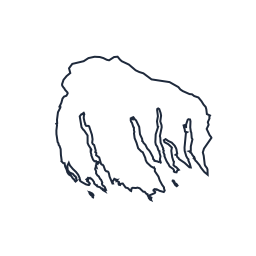 Súðavíkurhreppur, Vestfirðir, Iceland, rotated 144°
{"feature_id": "244011B7322015257461", "entity_name": "Súðavíkurhreppur", "entity_type": "district", "adm_level": 2, "iso_a3": "ISL", "parent_name": "Iceland", "parent_adm1": "Vestfirðir", "projection": "orthographic", "projection_center": [-22.738, 65.904], "detail": "fine", "context": "isolated", "style": "outline", "palette": "slate", "viewbox_px": 256, "rotation_deg": 144, "n_neighbors": 0, "source": "geoboundaries", "source_scale": "gbopen_adm2", "svg_char_len": 5811}
<svg xmlns="http://www.w3.org/2000/svg" viewBox="0 0 256 256"><g transform="rotate(144 128 128)"><path d="M94.5,191.8L97.6,193.6L103.5,193.9L105.1,195.7L106.8,199.0L109.1,202.0L113.2,205.3L118.9,207.8L124.6,208.1L135.4,212.6L140.6,211.0L142.4,206.4L147.2,206.1L151.8,204.9L155.6,202.2L156.3,201.0L156.4,198.4L156.2,197.5L156.5,196.2L156.1,192.3L156.5,191.4L158.9,190.3L161.3,191.0L163.7,190.3L167.2,187.5L170.8,185.6L170.2,185.0L170.7,184.3L175.4,181.9L180.6,176.4L182.5,173.5L183.5,173.6L183.6,172.2L187.4,168.1L189.5,165.1L193.2,158.0L193.3,156.4L194.0,155.1L193.9,153.8L194.9,150.5L198.2,145.5L200.7,140.8L201.4,140.3L201.0,137.5L200.0,136.8L201.5,133.7L202.1,130.5L203.1,127.8L203.2,125.3L202.1,122.5L202.3,119.6L201.8,118.0L202.1,116.8L201.9,115.5L200.1,115.7L199.5,118.0L199.1,118.1L198.9,119.7L199.4,120.3L199.6,123.3L200.8,125.4L201.2,124.8L201.7,125.6L201.4,127.8L201.7,129.0L199.4,133.0L196.4,134.6L196.6,133.9L196.9,134.2L196.6,133.8L197.0,131.7L196.7,127.3L195.9,122.9L195.8,119.5L196.5,116.0L197.1,114.8L197.6,114.8L197.7,114.0L197.5,113.9L197.8,113.5L197.4,112.0L195.1,107.0L193.4,105.0L192.9,104.8L192.1,105.7L191.8,104.6L191.5,106.1L191.6,107.3L192.3,108.9L191.7,109.4L191.9,110.8L191.3,110.8L190.9,109.5L190.5,110.0L190.5,110.9L189.6,111.2L189.0,110.1L188.1,110.0L188.1,109.2L187.6,108.9L187.2,106.9L187.3,104.1L188.0,102.9L187.3,99.9L186.9,99.9L187.2,98.8L185.4,96.4L185.2,94.7L184.6,94.5L184.5,93.9L184.8,93.7L184.8,92.6L183.8,90.3L183.5,92.2L182.9,91.3L182.6,91.8L182.9,92.2L182.3,91.9L182.4,91.3L182.2,91.1L181.5,93.8L181.7,95.3L182.2,96.3L182.2,97.1L181.8,98.3L180.9,98.9L180.2,102.0L180.5,103.1L180.1,106.0L180.6,107.5L180.5,110.0L179.2,111.8L178.7,114.2L177.1,114.6L177.3,115.3L176.5,115.8L176.4,115.3L175.9,116.7L174.9,116.9L174.3,118.2L173.9,118.4L173.6,117.5L173.2,118.2L173.3,120.0L174.7,120.8L174.9,122.9L173.7,127.5L173.3,127.9L172.3,130.6L171.3,131.9L171.0,131.5L170.3,132.2L170.0,137.4L169.5,139.6L165.1,145.7L164.9,151.9L165.2,153.0L165.1,156.0L160.2,165.8L157.7,166.5L155.7,165.4L155.8,166.3L154.9,166.3L155.0,165.5L157.9,162.2L159.6,158.5L160.1,156.5L160.5,156.2L160.6,154.3L158.7,152.9L158.5,152.1L161.2,143.7L163.3,139.7L165.6,137.2L165.9,135.7L165.4,134.1L167.4,128.7L168.6,127.8L168.2,126.8L168.5,126.2L169.8,124.7L168.6,121.1L170.9,114.8L170.8,113.9L170.1,113.2L170.0,111.8L171.3,107.3L171.0,105.7L170.0,104.8L169.8,103.9L170.3,102.1L171.5,99.5L173.2,92.2L172.7,91.9L172.0,94.4L171.6,93.8L169.0,94.9L168.7,93.8L168.1,93.7L168.0,92.7L167.6,92.5L168.4,92.4L168.6,91.9L167.6,91.9L167.7,90.4L167.1,89.6L167.9,88.2L168.5,88.3L168.7,87.4L167.9,86.5L166.8,87.2L164.9,86.2L164.9,81.2L163.5,79.5L162.9,75.9L162.5,75.2L160.6,77.0L159.4,76.9L156.9,74.8L155.4,74.2L154.0,72.4L153.1,67.5L152.0,66.6L151.8,63.9L151.1,63.0L151.7,61.9L151.8,61.3L151.6,60.7L152.3,59.2L152.2,57.1L151.6,56.0L151.4,56.8L150.0,57.9L150.9,59.8L150.8,61.0L144.6,59.6L143.7,60.1L143.6,60.7L144.2,62.4L143.5,63.0L142.1,62.8L141.4,61.4L140.8,61.5L139.3,58.5L136.7,55.2L135.1,55.8L134.4,58.0L133.8,58.8L133.8,62.1L133.1,67.1L131.9,70.8L131.7,77.2L130.2,79.3L130.4,80.2L130.1,80.8L130.9,81.2L132.0,83.5L133.0,88.9L132.6,91.5L131.6,93.7L130.3,99.7L131.0,101.2L131.7,105.6L129.8,111.0L128.6,115.9L126.2,120.3L125.1,121.1L124.6,122.6L122.9,125.0L123.1,125.7L121.7,130.0L121.8,131.2L121.3,132.6L120.1,134.2L119.3,134.0L118.7,133.0L119.1,132.3L119.0,132.1L118.3,132.6L117.9,133.8L117.3,133.6L117.3,133.0L117.8,133.2L117.3,132.4L117.4,131.1L117.0,129.4L118.3,122.3L122.0,115.9L123.0,110.8L124.2,109.0L123.9,108.6L124.2,106.9L123.8,104.2L124.5,100.1L124.1,97.2L124.2,95.3L125.0,89.8L125.9,88.0L125.6,87.2L125.8,86.4L125.6,86.4L125.6,85.5L123.8,83.7L123.3,82.6L122.3,82.3L122.0,81.4L122.1,80.0L120.7,83.8L118.3,86.1L117.0,89.8L116.2,90.7L116.5,91.2L116.5,92.1L115.3,95.8L115.3,98.1L114.2,100.5L109.3,106.6L102.9,111.3L103.1,111.6L100.6,116.4L96.9,119.9L93.9,125.4L93.1,126.2L92.1,126.1L91.6,124.9L92.8,121.0L94.0,118.5L98.0,114.4L99.2,110.6L100.3,108.8L107.0,102.7L107.5,101.3L110.2,97.0L111.6,90.5L112.3,90.0L112.4,88.6L113.6,87.7L114.3,84.6L115.0,84.0L116.2,79.0L116.5,76.3L116.4,75.7L116.9,72.4L115.5,68.2L115.7,66.6L116.5,65.8L116.1,64.8L114.8,63.6L113.1,64.7L111.5,64.3L112.0,68.0L112.8,69.6L113.0,71.3L110.6,73.8L110.7,74.6L109.4,78.4L106.4,84.1L104.0,86.4L104.9,91.2L106.8,95.1L106.2,97.0L104.1,96.9L103.0,93.7L101.2,90.5L100.6,86.0L100.9,85.1L100.8,84.4L101.3,82.4L103.3,78.3L105.2,78.3L104.6,77.3L105.2,75.4L104.8,73.8L105.0,72.9L102.7,66.6L101.4,60.1L100.4,59.2L99.1,62.6L98.2,66.4L97.5,67.1L97.7,68.5L97.4,71.0L95.6,76.2L93.8,78.9L84.0,90.0L82.7,89.9L84.0,91.6L82.5,94.4L82.5,95.3L82.0,95.8L81.5,97.4L80.6,97.1L81.4,96.8L81.2,96.4L81.4,95.8L80.4,94.7L79.0,96.6L75.0,99.5L74.0,99.6L72.8,98.4L73.5,96.7L77.3,91.9L79.3,88.1L79.5,87.1L82.3,82.5L82.5,81.0L88.0,76.2L90.7,72.5L92.1,73.1L91.8,72.6L92.0,71.6L91.5,70.5L91.8,68.0L91.6,65.5L92.4,65.0L92.4,64.5L92.2,64.5L92.4,64.9L91.7,65.0L91.9,64.3L92.5,63.8L92.8,64.1L92.4,63.0L92.6,61.9L92.3,60.8L92.0,56.1L92.3,52.9L92.1,47.6L91.0,43.4L88.1,47.7L87.7,49.0L87.7,52.2L87.4,53.3L83.1,61.0L81.8,64.3L78.6,66.7L66.3,71.0L66.1,71.8L66.2,74.2L64.9,81.0L60.9,83.2L60.0,85.8L56.4,87.9L55.6,89.3L54.3,89.9L56.0,92.9L53.6,97.2L52.8,99.4L53.1,102.5L52.8,106.4L53.1,111.3L55.7,115.0L56.4,117.6L58.3,119.3L62.0,125.7L63.0,128.4L63.2,131.5L67.4,140.7L80.4,153.5L83.4,163.2L86.0,166.7L87.9,170.2L90.0,178.8L93.8,185.7L94.3,188.1L94.5,191.8ZM123.3,59.7L122.9,58.7L123.3,54.0L122.8,52.3L121.7,52.4L121.7,54.2L122.5,56.1L122.0,57.4L122.0,58.6L123.3,59.7ZM197.0,94.1L197.0,93.3L196.9,93.9L195.4,94.0L195.3,95.0L195.5,96.2L196.4,97.9L196.6,97.6L196.9,98.1L196.9,97.7L197.3,98.2L197.6,97.4L197.5,95.7L197.0,94.1ZM173.0,117.0L172.2,117.0L172.0,118.1L172.6,118.3L173.0,117.0ZM197.2,92.7L197.0,92.4L196.7,92.7L196.8,93.0L197.2,92.7Z" fill="none" stroke="#1e293b" stroke-width="2"/></g></svg>